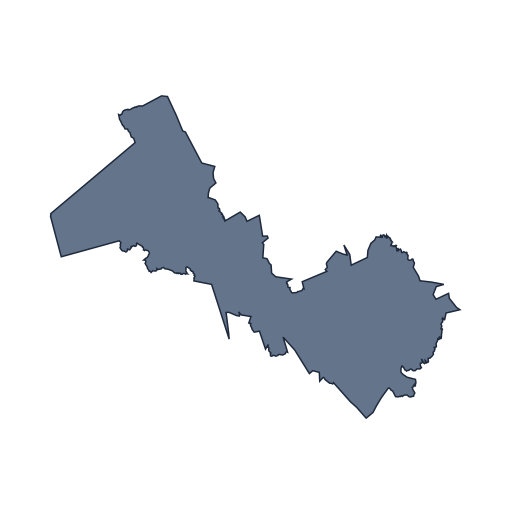 outline of Ocampo, Durango, Mexico, rotated 187°
{"feature_id": "50627088B65155836914423", "entity_name": "Ocampo", "entity_type": "district", "adm_level": 2, "iso_a3": "MEX", "parent_name": "Mexico", "parent_adm1": "Durango", "projection": "albers", "projection_center": [-105.7, 26.458], "detail": "fine", "context": "isolated", "style": "filled", "palette": "slate", "viewbox_px": 512, "rotation_deg": 187, "n_neighbors": 0, "source": "geoboundaries", "source_scale": "gbopen_adm2", "svg_char_len": 6042}
<svg xmlns="http://www.w3.org/2000/svg" viewBox="0 0 512 512"><g transform="rotate(187 256 256)"><path d="M50.7,229.4L59.0,237.6L60.3,242.4L72.1,235.0L75.5,239.3L73.3,247.6L66.1,250.7L78.6,251.5L90.2,251.4L92.2,255.8L98.3,263.6L98.5,264.3L97.9,267.8L98.1,268.8L99.3,270.2L99.4,271.3L100.1,272.0L100.6,272.1L102.0,270.6L103.5,270.5L104.8,271.1L105.2,273.5L105.0,274.7L105.5,275.5L106.2,275.9L106.7,277.9L107.0,278.0L107.2,277.3L109.9,278.3L110.5,277.6L111.8,277.2L112.3,278.7L113.4,280.4L114.2,279.7L115.3,280.3L115.5,279.4L115.9,280.1L116.1,279.4L115.8,278.8L116.6,278.2L117.1,279.1L117.0,280.4L117.4,280.5L118.3,282.3L117.9,283.5L118.4,283.7L119.0,283.0L120.2,283.0L120.4,282.1L122.4,283.0L123.1,282.6L123.6,283.1L122.7,285.1L122.9,286.6L122.5,286.7L123.8,287.8L124.4,288.9L124.6,288.7L125.3,290.3L126.6,290.8L127.4,291.5L128.0,290.2L128.4,289.8L129.0,290.0L129.1,290.9L128.6,290.9L128.3,291.2L128.3,291.9L128.7,292.4L128.6,291.7L129.2,291.8L129.9,290.9L130.4,290.8L130.6,290.9L130.4,291.6L131.1,292.3L132.3,292.5L133.0,291.2L134.4,291.3L134.7,291.8L135.1,291.1L135.1,290.6L132.4,289.9L139.1,289.6L140.1,286.4L143.5,282.6L145.6,275.2L145.3,268.1L160.4,258.5L163.1,268.8L170.1,277.6L165.7,268.1L169.8,268.5L177.0,270.5L184.8,258.5L185.2,256.8L183.8,253.5L185.6,251.0L183.8,249.4L207.0,236.1L204.4,229.2L205.3,229.5L206.2,227.4L209.0,226.0L210.1,225.9L211.1,224.7L215.4,223.8L216.1,224.0L218.3,227.0L218.4,228.9L220.0,228.7L220.6,229.1L220.8,231.2L221.7,232.0L221.7,232.5L222.1,232.5L222.4,232.9L222.2,233.5L222.5,234.0L217.9,237.4L233.9,237.8L238.4,240.9L239.9,248.9L241.9,250.4L244.7,254.6L249.0,255.1L249.7,268.4L251.3,269.9L246.2,275.3L247.2,277.2L251.8,276.5L257.7,296.8L269.2,289.3L271.5,293.5L277.0,297.7L291.1,287.0L291.2,288.2L291.5,288.5L291.9,288.3L292.2,289.8L293.0,289.6L292.9,291.2L293.3,291.2L293.1,291.4L294.1,292.4L294.3,293.1L295.1,293.2L294.8,293.7L295.1,294.2L297.0,295.4L297.2,296.1L298.0,296.2L297.6,296.7L297.7,297.1L298.1,297.0L297.8,298.1L298.1,298.6L299.2,298.9L299.1,299.2L299.7,299.7L300.1,302.9L303.3,306.7L309.8,308.2L310.6,308.1L310.9,312.6L310.1,317.8L304.7,323.6L307.5,327.6L308.8,333.6L307.8,339.8L321.2,341.7L341.2,370.5L344.0,371.2L352.1,385.6L363.3,403.5L369.3,403.4L386.8,391.1L390.8,390.6L392.3,389.6L392.5,389.8L393.1,389.6L393.5,389.0L394.6,389.0L395.2,388.3L396.1,388.1L398.7,386.1L400.1,385.6L400.7,385.9L400.9,385.5L401.6,385.8L403.8,385.0L405.3,383.9L406.1,382.4L406.4,380.4L407.3,380.1L408.0,379.1L409.6,379.7L408.0,374.8L407.1,373.9L404.3,369.3L403.4,369.0L401.5,366.2L398.9,366.3L397.8,364.3L396.2,363.2L394.4,359.1L391.7,357.9L389.8,353.8L464.9,273.0L464.6,272.4L464.8,270.4L449.2,231.5L393.7,254.4L391.6,252.7L392.2,250.8L391.6,249.3L392.0,247.6L390.1,245.4L388.7,244.7L387.6,244.9L385.7,244.1L385.0,244.5L384.2,245.9L384.4,247.2L382.1,246.8L380.8,249.2L381.2,250.1L380.9,250.4L379.8,250.4L378.6,251.5L377.2,250.8L376.3,251.3L375.9,252.2L376.1,253.9L375.9,254.3L370.0,251.7L369.7,250.9L369.2,250.9L368.5,249.9L368.4,248.3L367.2,247.8L366.4,248.6L363.6,248.0L362.6,247.0L362.1,245.5L362.7,244.4L363.0,242.8L364.2,240.8L364.8,240.6L367.0,238.3L365.3,238.3L365.0,237.9L364.6,236.7L365.2,235.2L362.5,231.7L362.3,230.6L360.4,228.5L360.2,227.8L359.2,228.0L358.1,226.9L356.7,228.7L353.5,228.9L352.6,230.1L352.7,230.5L352.2,230.6L352.6,231.3L351.3,230.8L349.7,231.2L348.5,231.7L347.8,232.8L346.2,233.3L344.9,232.2L341.8,232.2L337.0,231.0L335.1,229.5L334.2,229.2L332.9,229.6L332.3,229.0L331.4,229.7L330.7,229.6L330.8,229.2L330.3,229.2L330.1,229.7L329.3,229.7L328.5,229.4L328.3,228.7L327.2,228.8L326.0,229.8L324.9,229.7L324.3,230.1L323.5,229.4L323.0,230.0L322.0,230.0L322.6,230.4L322.5,230.9L323.7,232.5L324.0,233.5L323.8,234.6L324.2,235.9L323.9,236.4L323.0,236.8L319.8,235.2L319.3,233.7L318.3,233.6L318.0,233.0L317.0,233.0L316.6,232.7L316.2,232.3L316.4,231.7L316.1,231.1L314.8,230.3L314.5,229.1L314.8,229.0L314.2,228.4L314.6,227.0L315.0,226.5L314.6,225.9L314.6,223.7L296.6,222.4L272.5,170.2L273.7,176.0L278.8,196.3L276.0,196.8L268.1,194.5L265.2,194.4L265.4,196.8L266.5,198.5L263.6,195.7L253.6,195.3L255.0,188.6L253.4,188.6L253.0,188.4L253.4,187.9L253.1,187.7L253.0,186.6L252.4,185.3L251.8,184.9L250.9,182.7L248.5,180.2L243.4,181.8L235.2,164.7L233.1,169.7L233.1,166.9L232.0,166.3L232.0,164.7L231.6,163.3L229.5,161.6L229.9,161.1L229.6,160.8L229.6,159.3L229.3,158.6L228.0,158.5L227.1,159.4L226.4,159.6L224.1,159.0L222.1,160.0L222.0,160.5L221.3,161.1L217.4,161.0L215.2,162.4L214.5,164.1L213.9,164.6L212.9,164.3L219.2,178.8L206.0,167.3L188.7,145.8L185.6,149.1L179.0,148.2L177.5,139.5L174.6,143.6L174.0,143.7L172.2,141.6L167.4,138.7L166.1,138.8L164.2,138.4L163.6,139.7L144.5,122.8L137.7,118.1L126.9,108.5L120.8,115.0L118.1,122.2L114.3,130.7L108.6,141.0L107.2,141.0L105.4,139.1L104.0,138.8L100.3,133.4L97.5,133.5L96.6,134.1L95.8,134.0L94.3,135.0L93.7,134.4L92.1,135.9L89.2,136.5L87.0,135.0L85.0,134.9L84.5,135.5L82.5,136.0L82.3,138.2L81.8,138.7L81.7,139.5L84.0,142.5L84.9,144.5L84.2,145.0L83.7,147.0L82.9,147.0L82.4,146.2L82.0,146.6L82.0,147.6L82.7,147.8L82.8,148.2L82.7,148.6L81.8,149.3L81.8,149.7L82.7,153.0L91.3,154.1L96.1,156.6L98.0,158.4L98.4,162.3L97.8,163.7L97.9,164.5L97.5,164.6L96.0,163.5L94.4,161.1L93.6,161.0L92.6,160.1L91.7,160.8L90.4,161.1L89.8,162.0L88.3,162.7L86.0,161.3L84.0,161.6L82.3,163.7L79.4,163.9L78.2,165.4L78.5,165.9L79.1,166.1L79.8,168.7L79.8,169.5L78.6,169.9L78.0,171.1L78.8,173.3L78.4,173.2L78.2,172.3L77.5,171.8L77.0,170.5L75.7,169.7L75.0,170.3L74.8,170.8L75.3,172.7L74.5,172.0L73.7,170.7L72.0,171.9L72.0,172.7L72.4,173.3L72.6,175.4L70.9,175.8L68.8,178.4L67.9,180.2L68.5,182.0L67.3,183.5L67.4,184.3L67.0,185.4L67.1,186.0L68.0,186.7L67.9,187.1L66.4,187.4L65.9,188.2L66.6,191.0L65.4,194.5L65.5,195.9L64.2,195.5L63.7,196.4L64.4,197.4L64.1,198.0L63.2,198.0L63.0,196.8L62.6,196.5L62.1,197.0L62.2,199.8L62.5,200.4L62.2,201.8L62.4,204.5L62.0,206.0L62.4,206.4L63.5,206.3L63.0,209.0L63.5,210.1L64.1,210.7L63.8,211.9L62.7,213.4L62.9,213.9L62.7,214.8L63.6,216.3L63.1,217.3L61.3,215.7L61.0,215.9L60.4,222.6L47.1,227.5L50.7,229.4Z" fill="#64748b" stroke="#1e293b" stroke-width="1.5"/></g></svg>